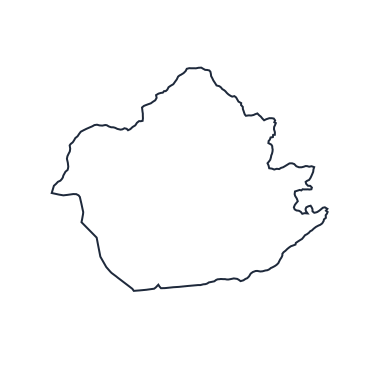 the district of Itaporã, Mato Grosso do Sul, Brazil, rotated 29°
{"feature_id": "56859067B98177520560726", "entity_name": "Itaporã", "entity_type": "district", "adm_level": 2, "iso_a3": "BRA", "parent_name": "Brazil", "parent_adm1": "Mato Grosso do Sul", "projection": "orthographic", "projection_center": [-54.839, -22.004], "detail": "fine", "context": "isolated", "style": "outline", "palette": "slate", "viewbox_px": 384, "rotation_deg": 29, "n_neighbors": 0, "source": "geoboundaries", "source_scale": "gbopen_adm2", "svg_char_len": 4201}
<svg xmlns="http://www.w3.org/2000/svg" viewBox="0 0 384 384"><g transform="rotate(29 192 192)"><path d="M320.5,145.6L320.3,143.7L318.2,143.4L318.6,141.1L315.6,141.0L314.1,142.3L313.4,144.1L312.5,146.4L311.3,148.7L310.2,149.9L309.0,150.9L306.8,150.5L305.6,148.5L304.1,147.4L302.4,146.5L300.7,148.1L299.4,150.0L299.6,151.9L300.8,153.4L303.5,154.7L300.8,155.9L299.0,157.6L296.7,156.6L294.5,156.6L292.3,157.5L290.2,157.4L288.5,156.0L288.2,153.3L288.5,151.4L289.0,148.8L286.8,146.9L284.1,145.4L282.8,144.1L281.8,141.6L283.7,139.6L285.2,138.0L286.9,137.6L287.4,136.0L289.0,135.3L291.9,133.6L293.7,132.8L295.1,131.7L294.7,130.0L292.5,129.3L290.4,130.3L287.9,129.5L286.5,128.1L287.2,126.5L288.6,124.6L288.8,122.2L288.7,120.5L288.5,118.3L288.2,115.6L287.3,113.4L286.8,111.0L284.1,111.5L282.2,113.1L280.3,113.5L278.8,114.2L277.5,115.7L275.8,117.3L273.6,118.5L270.8,118.9L267.9,118.0L265.6,118.4L263.4,119.7L262.0,122.2L260.7,124.5L259.6,126.3L258.2,127.7L257.1,129.7L254.9,130.6L253.0,132.5L250.6,132.8L248.0,133.8L246.1,131.7L244.1,130.2L244.5,128.3L244.8,125.9L244.2,123.3L243.6,121.6L243.4,119.7L242.8,117.6L242.0,115.8L240.9,114.5L239.9,113.0L238.4,112.1L235.1,112.2L234.3,110.2L234.7,108.5L234.3,106.2L236.1,104.8L235.3,102.7L236.7,101.8L235.5,99.5L233.3,97.4L232.3,95.3L232.2,93.3L231.9,91.1L230.2,91.1L230.0,89.1L227.9,88.1L226.2,88.7L223.9,89.9L221.7,92.3L220.3,94.3L218.1,93.7L215.7,92.7L213.4,92.3L211.1,91.6L209.5,93.4L208.5,94.8L206.8,96.3L204.3,97.6L202.2,99.2L200.6,98.6L199.2,97.4L197.6,95.9L196.3,94.8L195.1,92.9L192.8,92.2L191.9,90.4L188.8,90.4L186.7,89.1L184.7,87.9L182.6,87.6L180.9,89.1L179.1,89.2L176.6,89.0L174.5,88.5L172.4,87.7L170.9,87.4L168.5,87.3L166.7,86.5L164.7,86.2L161.8,86.9L159.3,85.5L156.6,84.1L154.4,82.5L152.6,81.4L151.2,79.5L149.8,77.9L148.2,77.3L146.1,77.9L144.3,78.8L141.5,78.8L139.9,78.7L137.6,80.1L135.5,81.9L133.6,82.9L131.5,84.1L129.6,85.0L127.7,86.8L127.8,89.3L127.0,92.1L125.5,94.8L124.6,96.1L123.9,97.8L124.1,100.9L123.7,104.0L123.4,106.8L121.9,109.3L120.7,111.7L120.8,114.5L120.1,116.5L118.7,117.3L118.3,119.3L116.9,120.3L115.0,122.2L113.6,124.7L115.4,126.8L115.4,129.6L114.1,132.0L113.0,134.4L111.2,136.4L109.5,138.4L108.2,140.0L107.3,142.3L109.6,145.5L111.0,147.3L112.0,149.1L113.4,151.4L114.3,153.7L112.9,154.9L111.3,155.7L110.3,158.2L110.1,161.2L108.5,164.0L107.6,166.9L106.1,169.0L104.2,168.4L102.0,169.0L100.8,170.9L99.3,172.1L96.1,173.0L93.8,173.1L92.0,173.5L89.8,174.6L87.4,175.0L85.1,174.9L83.6,175.5L81.4,177.4L78.8,178.6L76.3,179.2L74.2,180.8L73.0,182.8L70.9,185.5L69.0,188.0L67.2,190.6L65.5,193.2L65.1,196.0L64.9,198.7L63.8,201.4L63.8,204.1L63.6,206.4L62.6,208.8L62.4,210.5L64.5,213.2L65.5,215.9L65.5,217.9L65.7,221.1L66.5,223.6L69.2,226.6L70.2,228.0L71.5,229.8L72.1,231.4L72.5,233.0L71.5,235.6L71.5,237.5L71.5,240.0L72.0,241.9L71.9,243.7L71.4,245.9L69.8,248.1L69.1,250.9L68.2,253.5L69.8,260.9L76.8,258.8L81.1,257.3L84.6,254.8L89.1,251.4L91.8,250.0L94.4,249.9L96.3,250.7L98.9,253.6L100.9,255.8L104.9,260.4L106.6,262.3L107.4,264.1L109.0,268.8L110.0,272.0L130.7,278.1L132.8,280.6L134.7,282.9L143.2,293.0L153.4,299.2L159.2,301.3L160.9,301.8L166.8,302.6L168.4,302.9L182.9,305.0L186.8,305.6L189.0,306.7L194.0,303.4L195.9,302.1L199.4,299.7L205.8,294.9L206.6,293.0L207.5,289.4L209.3,290.4L211.5,291.2L215.2,289.0L221.9,284.3L226.6,281.3L233.5,276.5L242.5,270.4L244.4,269.4L246.6,267.3L248.5,266.0L249.8,264.5L250.5,263.0L252.5,261.3L254.8,259.3L255.8,257.1L256.8,255.9L258.2,255.0L259.4,254.1L261.5,253.1L263.1,252.2L264.7,251.7L266.1,251.0L267.6,249.8L270.5,247.3L273.6,246.1L275.4,246.1L277.7,246.4L279.8,244.3L280.9,242.1L282.1,240.6L282.8,238.2L282.9,234.9L284.0,232.5L285.9,230.3L287.3,229.4L290.3,228.4L292.2,227.1L294.2,225.1L295.9,223.8L297.1,222.1L297.8,220.3L298.8,219.0L300.3,216.7L301.3,214.7L302.0,212.4L301.9,210.7L301.8,208.4L302.0,205.8L301.8,203.7L301.0,202.2L301.3,200.2L302.2,198.2L303.0,195.5L303.9,193.3L304.8,191.5L306.3,189.8L308.0,187.8L307.5,186.2L308.6,184.0L310.0,181.4L311.0,179.7L311.4,177.6L311.8,175.0L313.0,173.2L314.0,171.0L314.4,169.1L315.5,167.4L316.2,165.1L317.3,162.5L318.9,160.0L320.1,158.5L321.1,156.3L321.2,153.6L320.7,152.0L321.6,149.7L320.2,147.5L320.5,145.6Z" fill="none" stroke="#1e293b" stroke-width="2"/></g></svg>